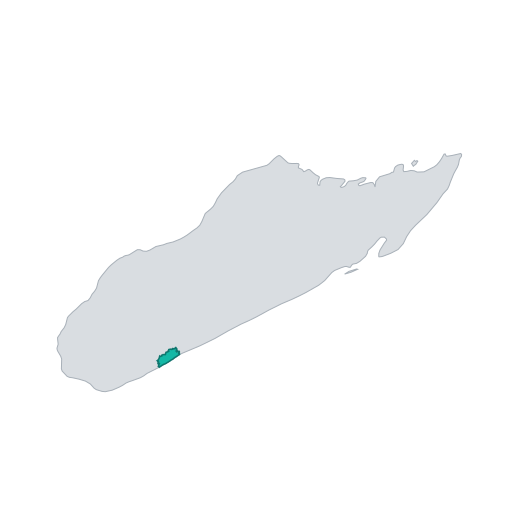 Farafangana, Atsimo-Atsinanana, Madagascar (highlighted), rotated 49°
{"feature_id": "10022922B75046296685916", "entity_name": "Farafangana", "entity_type": "district", "adm_level": 2, "iso_a3": "MDG", "parent_name": "Madagascar", "parent_adm1": "Atsimo-Atsinanana", "projection": "equal_earth", "projection_center": [47.638, -22.832], "detail": "fine", "context": "in_parent", "style": "filled", "palette": "teal", "viewbox_px": 512, "rotation_deg": 49, "n_neighbors": 0, "source": "geoboundaries", "source_scale": "gbopen_adm2", "svg_char_len": 6903}
<svg xmlns="http://www.w3.org/2000/svg" viewBox="0 0 512 512"><g transform="rotate(49 256 256)"><path d="M321.2,46.0L322.4,49.5L323.7,52.9L327.8,61.0L329.6,64.1L331.1,67.5L331.8,74.1L334.4,84.4L336.8,99.8L337.5,115.6L338.3,122.8L340.2,129.6L343.3,136.7L344.3,144.6L342.3,152.7L339.5,160.3L338.8,161.7L337.4,163.7L336.8,163.6L334.6,161.6L332.8,158.4L330.5,150.8L329.7,147.0L328.7,146.4L326.0,146.7L324.0,149.1L323.7,150.6L324.1,154.9L324.8,158.7L325.1,162.6L325.2,167.5L325.9,169.0L327.0,170.3L328.1,173.5L328.2,181.1L327.5,185.0L325.6,188.3L325.7,190.1L326.4,192.0L325.7,193.1L323.2,194.6L322.2,195.9L320.8,199.2L318.5,206.1L318.2,209.6L319.6,220.3L319.2,227.8L316.3,242.3L314.6,249.1L312.3,257.3L308.8,268.1L305.3,281.6L302.3,295.4L300.1,303.8L297.6,312.0L294.2,326.4L291.3,341.1L287.0,357.2L281.1,375.2L280.5,377.5L279.3,386.6L278.0,394.6L276.4,402.4L273.1,415.3L272.8,419.3L272.0,423.1L268.9,431.2L267.6,434.3L266.6,437.4L266.1,441.5L265.2,445.4L262.9,452.6L259.5,458.8L257.2,461.0L252.1,464.2L249.6,464.9L243.9,465.0L238.5,466.8L232.8,470.4L227.3,474.5L225.2,476.4L222.9,477.5L215.7,477.8L213.5,476.9L206.2,470.2L203.4,469.1L198.0,468.1L196.4,467.6L195.0,466.7L192.8,463.2L188.5,460.2L187.4,459.3L186.8,457.2L186.3,455.0L185.2,452.6L184.3,447.9L182.9,444.6L178.8,438.7L178.4,436.9L178.0,430.7L178.1,426.5L177.6,418.9L178.0,415.2L179.4,412.0L178.8,408.5L177.3,404.8L176.7,400.9L175.6,397.4L171.3,391.1L170.3,388.0L169.6,384.8L167.9,374.8L167.7,371.3L167.9,363.9L168.4,360.1L169.4,357.5L169.6,355.5L170.3,353.8L171.2,352.4L171.9,350.8L173.4,341.4L175.3,339.3L178.2,338.0L180.6,335.6L181.9,332.2L183.2,325.3L186.8,318.5L188.1,314.9L191.0,309.4L193.6,301.8L194.4,298.1L195.0,294.4L195.6,286.3L196.1,282.2L195.9,278.2L194.4,274.1L190.7,266.6L190.6,265.2L190.8,259.6L190.5,255.6L189.1,251.6L187.4,247.8L185.7,240.7L184.7,229.0L184.9,224.7L184.4,221.0L183.1,217.4L183.9,211.1L194.7,188.3L195.0,185.6L194.5,178.6L194.7,174.6L195.1,173.1L195.9,172.2L197.8,171.8L206.6,170.8L207.8,170.1L209.9,168.1L213.0,164.4L214.3,163.3L215.5,163.7L216.3,165.3L217.3,166.2L220.8,164.5L222.2,164.5L223.6,164.7L224.3,163.2L224.6,161.1L225.1,159.6L226.1,158.8L230.7,158.3L233.6,157.8L237.4,156.3L238.2,156.6L241.3,161.8L242.2,162.3L243.4,162.5L244.4,161.5L241.9,158.8L241.6,157.2L241.7,155.5L243.0,151.7L245.2,148.8L250.1,144.5L255.3,139.4L256.8,139.0L258.0,139.8L259.0,145.8L258.9,146.8L259.7,146.9L260.6,146.2L261.5,143.8L261.5,141.8L260.8,139.9L260.5,138.2L260.5,136.7L263.1,133.2L265.1,129.8L266.1,125.8L266.9,124.0L269.0,121.9L269.7,122.2L270.2,123.9L270.5,125.7L269.9,127.5L269.1,129.3L268.8,131.6L270.0,132.1L271.2,131.5L272.8,127.2L274.8,123.2L275.9,121.1L277.3,119.7L279.7,119.9L282.0,120.9L278.3,116.6L277.3,110.8L281.8,100.7L281.9,98.6L282.5,97.9L282.8,97.1L280.5,93.7L280.1,92.0L280.4,89.4L281.5,87.2L282.5,85.6L283.9,85.0L285.1,85.8L287.6,88.6L289.3,89.1L291.3,86.4L293.0,83.0L295.5,80.7L298.4,79.3L302.7,74.0L305.6,62.9L305.8,59.7L305.2,55.7L304.2,52.0L302.5,47.3L303.0,46.3L305.3,46.9L306.1,46.3L308.7,42.2L313.0,34.2L314.4,34.3L315.6,35.7L316.1,37.9L316.9,39.5L319.8,43.2L321.2,46.0ZM291.4,77.2L291.5,78.4L288.2,77.9L287.7,73.7L289.3,73.6L289.6,71.9L290.6,71.7L291.7,75.4L291.4,77.2ZM330.6,194.9L327.8,201.0L328.6,195.9L331.8,188.6L332.7,188.0L330.6,194.9Z" fill="#d9dde1" stroke="#a8b0b8" stroke-width="1"/><path d="M272.4,376.7L272.4,376.9L272.4,377.2L272.4,377.4L272.4,377.5L272.4,377.8L272.5,377.9L272.4,378.0L272.4,378.3L272.4,378.5L272.2,378.7L272.1,378.8L272.1,379.0L271.7,379.3L271.3,379.4L271.3,379.8L271.2,379.8L271.2,380.0L271.3,380.1L271.2,380.2L271.2,380.3L271.5,380.4L271.4,380.6L271.2,381.0L270.9,381.3L270.5,381.3L270.4,381.4L270.3,381.5L270.1,381.9L270.1,382.0L269.9,382.2L269.8,382.4L269.7,382.6L269.5,382.8L269.4,383.0L269.4,383.3L269.5,383.4L269.7,383.5L269.7,383.8L269.8,384.1L270.1,384.3L270.1,384.5L270.4,384.5L270.5,384.5L270.4,384.7L270.4,384.8L270.3,385.0L270.4,385.4L270.3,385.6L270.2,385.7L270.2,385.8L270.3,385.8L270.1,386.3L269.9,386.5L269.7,386.7L269.8,386.8L270.0,386.7L270.0,386.8L269.9,386.9L269.8,387.3L270.0,387.4L270.1,387.7L270.1,388.1L270.3,388.3L270.5,388.7L270.6,388.8L270.8,388.8L270.9,389.0L270.7,389.1L270.7,389.3L270.6,389.5L270.4,389.7L270.3,389.8L270.2,390.0L270.0,390.3L269.9,390.3L269.7,390.5L269.4,390.8L269.4,391.0L269.3,391.6L269.2,391.9L269.2,392.0L269.0,392.3L269.1,392.5L269.3,392.6L269.4,392.9L269.4,393.0L269.5,393.0L269.4,393.2L269.4,393.3L269.2,393.5L269.1,393.8L268.9,394.0L268.8,394.3L268.7,394.4L268.7,394.5L268.4,394.5L268.6,394.8L268.9,395.0L269.0,395.3L269.1,395.5L269.3,395.5L269.5,395.8L269.6,396.0L269.7,396.4L269.8,396.6L269.9,397.0L270.0,397.2L270.0,397.3L270.1,397.6L270.2,397.8L270.2,398.3L270.2,398.5L270.2,398.8L270.3,398.7L270.4,398.8L270.5,398.9L270.8,398.7L271.0,399.0L271.3,399.3L271.5,399.2L271.5,399.3L271.7,399.2L271.8,399.2L271.8,399.3L272.1,399.6L272.2,399.8L272.3,399.9L272.5,400.0L272.6,400.3L272.7,400.5L272.8,400.5L273.0,400.5L273.3,400.4L273.3,400.2L273.6,400.0L273.4,399.7L273.5,399.6L273.6,399.4L273.8,399.4L273.9,399.6L273.9,399.8L274.0,400.0L273.9,400.0L273.7,400.2L273.7,400.4L273.7,400.5L273.8,400.5L274.0,400.6L274.2,401.0L274.3,401.0L274.6,401.0L274.8,401.1L274.9,401.3L275.1,401.5L275.1,401.8L275.3,401.9L275.5,401.8L275.5,402.0L275.7,401.9L275.9,402.0L276.1,402.0L276.2,401.8L276.3,401.8L276.3,402.0L276.5,402.0L276.5,401.7L276.6,400.9L276.7,400.6L276.7,400.1L276.7,399.9L276.7,399.6L276.8,398.9L276.8,398.7L276.9,398.4L276.9,398.2L277.0,398.0L277.0,397.7L277.1,397.2L277.1,396.9L277.4,396.2L277.5,396.1L277.6,395.8L277.6,395.7L277.7,395.3L277.8,395.1L277.8,394.9L277.9,394.7L278.0,394.3L278.1,393.9L278.1,393.6L278.1,393.4L278.1,393.2L278.2,392.9L278.3,392.6L278.3,392.4L278.5,391.7L278.5,391.4L278.5,391.2L278.6,390.5L278.7,390.2L278.7,389.9L278.8,389.3L278.8,389.2L278.8,388.9L278.8,388.7L278.8,388.2L279.0,387.6L279.1,387.3L279.1,387.2L279.2,386.9L279.2,386.7L279.3,386.4L279.3,386.2L279.3,385.9L279.2,385.7L279.3,385.1L279.3,384.3L279.4,383.5L279.4,383.2L279.5,383.0L279.5,382.9L279.6,382.5L279.6,382.1L279.7,381.8L279.7,381.6L279.7,381.4L279.7,381.2L279.8,381.0L279.8,380.6L279.8,380.3L279.9,379.9L279.9,379.5L280.0,379.1L280.1,378.7L280.1,378.4L280.0,378.1L279.9,378.0L279.7,377.9L279.3,377.8L279.0,377.8L278.9,378.0L278.7,378.2L278.4,378.1L278.3,377.9L278.3,377.7L278.4,377.4L278.5,377.4L278.3,377.1L278.3,376.9L278.1,376.7L277.8,376.6L277.7,376.7L277.4,376.6L277.3,377.0L277.2,377.1L276.9,377.3L276.9,377.5L276.7,377.7L276.5,377.4L276.4,377.4L276.4,377.5L276.3,377.8L276.2,377.8L276.1,378.2L276.1,378.3L276.0,378.2L275.9,378.4L275.8,378.5L275.7,378.5L275.4,378.6L275.4,378.4L275.2,378.2L275.3,378.0L275.3,377.8L275.0,377.5L274.9,377.5L274.8,377.3L274.7,377.1L274.4,376.8L274.1,377.0L273.9,377.0L273.7,377.1L273.4,377.0L273.4,376.8L273.4,376.7L273.2,376.7L273.0,376.8L272.9,376.8L272.9,376.7L272.7,376.6L272.6,376.8L272.5,376.7L272.4,376.7Z" fill="#14b8a6" stroke="#0f766e" stroke-width="1.5"/></g></svg>